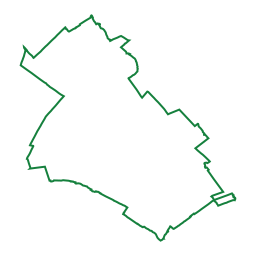 the district of Mihalaseni, Botosani, Romania
{"feature_id": "2599482B30882633925542", "entity_name": "Mihalaseni", "entity_type": "district", "adm_level": 2, "iso_a3": "ROU", "parent_name": "Romania", "parent_adm1": "Botosani", "projection": "equal_earth", "projection_center": [27.092, 47.89], "detail": "fine", "context": "isolated", "style": "outline", "palette": "green", "viewbox_px": 256, "rotation_deg": 0, "n_neighbors": 0, "source": "geoboundaries", "source_scale": "gbopen_adm2", "svg_char_len": 5648}
<svg xmlns="http://www.w3.org/2000/svg" viewBox="0 0 256 256"><path d="M234.8,200.2L235.0,199.6L235.2,199.3L235.1,199.0L235.3,198.6L235.3,198.4L235.1,198.1L235.1,197.9L234.5,197.6L234.4,197.4L234.1,197.6L233.8,197.4L233.8,197.1L233.5,196.9L233.9,196.5L233.2,195.8L233.3,195.7L233.6,195.4L233.6,195.2L232.8,195.0L232.8,194.9L232.9,194.7L232.6,194.2L232.5,193.9L232.0,193.4L227.7,195.1L214.2,200.0L213.5,199.0L212.7,197.6L212.2,197.1L211.4,196.5L212.2,195.8L223.2,191.9L213.5,178.7L208.8,172.0L207.8,170.6L208.7,169.8L206.8,167.5L206.5,167.4L205.6,167.8L205.4,167.8L205.0,167.1L204.9,166.7L205.2,165.4L205.1,165.0L204.5,164.0L204.4,163.7L204.4,163.3L204.5,163.1L204.8,162.9L205.9,162.7L206.5,162.7L207.3,163.1L208.6,162.4L209.8,161.5L209.5,161.1L205.6,157.3L202.8,154.7L201.2,153.5L197.7,150.5L195.4,148.3L208.4,138.3L207.1,136.9L206.3,135.9L205.3,134.9L204.9,134.8L204.1,134.9L204.0,134.5L204.3,134.1L204.5,133.9L204.5,133.7L202.8,132.0L202.7,131.5L202.8,131.2L202.6,130.8L200.8,128.5L200.0,127.7L198.7,126.5L198.5,125.2L198.3,124.6L198.3,124.3L198.1,123.9L197.8,123.8L197.5,124.0L194.8,126.1L179.3,109.6L169.7,113.5L168.0,114.3L166.2,111.9L165.3,110.5L164.2,109.0L162.6,107.2L158.2,102.3L155.6,99.7L154.0,97.9L152.6,96.5L148.2,91.9L147.3,91.6L142.1,97.7L141.0,96.4L138.3,92.2L136.6,89.6L128.8,78.9L128.5,78.4L128.6,78.1L130.1,77.4L131.4,76.5L132.8,75.3L133.6,75.0L134.3,74.6L135.4,73.7L136.6,72.2L137.4,71.5L137.5,71.0L137.4,70.0L137.8,68.8L137.4,68.1L137.3,67.8L137.4,67.5L137.6,66.8L137.6,66.5L137.1,65.5L137.2,65.2L137.2,64.9L137.1,64.5L136.9,64.1L136.7,62.6L136.5,62.1L136.0,61.5L135.9,60.6L135.2,59.2L134.6,58.4L133.5,57.7L131.4,55.9L130.8,55.5L129.3,54.6L129.9,54.0L129.3,53.7L128.3,53.4L126.5,53.5L126.5,53.0L126.1,51.9L125.9,51.6L121.0,47.3L123.7,45.0L124.3,44.6L124.6,44.2L124.7,43.7L125.7,43.3L129.1,40.4L128.4,40.3L127.5,40.0L123.9,37.6L121.3,36.1L121.1,36.0L119.4,36.6L117.7,37.5L115.0,38.6L114.1,38.9L113.6,39.2L112.7,39.5L111.7,40.2L110.1,41.0L109.4,39.7L109.6,39.5L108.7,39.1L108.1,38.6L107.7,38.2L107.5,37.8L107.4,36.8L106.5,35.1L106.2,34.4L105.8,32.8L105.6,32.3L104.8,31.2L104.5,30.5L103.9,29.8L102.9,28.9L102.0,28.5L101.2,28.4L100.9,28.3L100.5,27.7L99.7,25.9L99.2,25.1L99.9,24.6L100.0,24.4L100.0,24.2L99.9,24.1L99.0,23.7L97.7,23.7L97.3,23.5L96.9,24.0L96.3,24.3L96.2,24.3L94.8,21.9L94.3,21.5L93.8,20.8L93.3,19.7L93.2,19.4L92.8,18.9L92.8,18.5L92.9,17.6L92.4,16.9L92.3,16.4L91.8,15.6L91.7,15.5L91.4,15.4L90.9,16.0L90.7,16.4L90.8,16.7L91.1,17.0L91.2,17.3L85.6,20.6L79.8,24.3L79.9,25.2L77.4,26.7L76.3,27.2L76.0,27.4L76.2,27.6L75.5,28.2L75.0,28.5L74.4,28.6L73.2,29.1L72.5,29.6L69.2,31.5L68.8,31.5L68.1,31.0L67.4,30.1L67.1,29.4L65.8,28.8L65.8,28.6L65.7,27.9L65.6,27.6L65.3,27.3L63.4,29.1L62.4,30.0L58.5,33.9L57.7,34.6L54.8,37.7L54.4,38.0L51.7,40.5L47.1,45.1L45.5,46.5L42.2,49.8L40.7,51.5L36.9,54.8L33.6,57.9L33.2,57.6L32.6,56.6L31.9,55.7L29.7,53.9L28.8,53.0L27.2,51.1L26.9,50.3L25.4,48.6L24.7,47.8L24.0,47.1L24.1,47.8L25.0,49.3L25.9,49.8L26.1,50.0L26.2,50.4L26.0,50.7L25.7,51.0L25.2,51.1L25.1,51.8L25.0,52.4L24.5,53.9L23.9,56.3L22.9,58.9L22.6,59.9L21.5,62.5L20.7,65.3L27.1,69.9L32.1,73.4L32.2,73.5L33.0,74.1L40.0,79.3L41.7,80.5L42.4,81.0L44.7,82.6L46.1,83.3L46.4,83.6L46.9,84.5L47.7,85.0L48.7,85.9L49.1,86.1L49.7,86.8L52.1,88.3L55.4,90.5L58.9,93.2L60.8,94.5L63.8,96.2L62.3,97.9L60.7,99.6L55.4,105.9L52.3,109.3L51.0,110.9L48.4,113.6L45.8,116.6L44.5,119.0L41.7,123.7L40.2,126.5L39.6,127.4L38.7,129.0L37.5,130.9L34.4,136.9L32.8,139.8L32.0,141.4L30.8,143.5L30.0,145.3L33.2,145.9L33.3,146.1L32.6,147.6L31.5,149.7L30.2,152.7L29.2,154.6L28.0,156.5L27.3,157.6L26.9,158.9L27.5,159.1L28.0,160.3L28.9,163.4L30.5,168.1L30.0,168.6L30.7,168.5L44.9,166.7L49.5,180.6L50.4,180.5L50.5,181.2L50.7,181.4L51.4,181.5L52.5,181.3L53.6,180.9L53.9,180.4L61.4,180.6L63.1,180.2L66.1,180.5L68.4,180.7L71.4,181.3L72.0,181.4L71.8,181.6L73.0,181.7L73.4,181.9L75.6,182.3L75.7,183.0L75.5,183.3L76.0,183.6L77.6,183.4L78.1,183.3L80.0,183.6L81.1,184.1L81.4,184.4L82.4,185.0L82.8,185.4L83.3,185.6L84.3,185.7L85.4,186.1L87.1,186.5L87.5,187.1L88.0,187.6L88.4,187.8L90.0,188.8L91.3,189.4L90.8,190.0L91.5,190.4L92.4,191.3L92.8,191.4L93.5,191.4L94.7,191.9L95.7,191.7L96.0,191.3L97.1,191.9L97.6,191.7L98.2,191.8L98.6,192.0L99.6,192.7L100.4,193.2L100.2,193.4L105.6,196.3L112.0,199.4L113.7,200.3L113.8,200.6L115.9,201.5L116.8,202.0L117.5,202.3L118.1,202.7L119.2,203.3L120.7,204.0L121.4,204.2L122.9,205.1L124.6,205.7L127.2,207.4L127.1,207.5L127.3,207.6L126.9,208.2L123.7,212.9L124.0,213.0L123.3,214.2L123.6,214.3L124.6,215.0L126.0,215.9L126.7,216.6L127.8,217.5L128.4,217.8L129.3,218.4L137.4,224.0L137.6,223.8L138.8,224.7L139.5,225.3L140.0,225.7L142.0,226.7L142.3,227.1L142.6,227.2L143.0,227.2L144.0,226.7L144.4,226.8L146.2,228.3L148.2,229.2L150.2,230.7L151.3,230.8L151.8,231.0L152.2,231.6L152.7,232.1L154.0,232.6L155.4,233.7L155.9,234.3L157.1,236.9L157.4,237.6L158.7,239.1L160.6,240.6L162.3,239.7L163.1,238.7L163.3,238.7L163.7,238.7L163.5,238.4L163.6,238.1L164.5,235.6L165.0,234.7L165.5,234.5L165.8,234.2L166.7,232.7L167.7,231.9L167.4,231.7L167.8,231.3L167.7,231.2L167.9,231.0L167.6,230.7L168.5,229.1L169.2,228.3L170.2,226.3L170.4,226.3L173.4,228.9L173.7,228.9L173.9,228.8L177.3,226.6L178.3,225.8L179.2,225.4L180.3,224.4L182.8,222.7L184.4,221.3L185.2,221.0L186.0,220.3L189.7,217.7L190.6,216.8L190.2,216.5L190.7,216.0L193.9,213.6L194.4,214.1L196.4,212.8L196.7,212.6L199.4,210.7L199.9,210.3L201.5,209.1L208.4,204.2L210.7,202.4L212.0,201.3L212.4,201.1L213.1,200.7L214.1,200.4L214.3,200.8L215.3,201.8L216.5,202.7L216.7,203.5L217.9,205.0L218.2,205.7L222.8,203.9L224.7,203.2L226.6,202.7L228.2,201.9L232.9,200.2L234.5,200.1L234.8,200.2Z" fill="none" stroke="#15803d" stroke-width="2"/></svg>